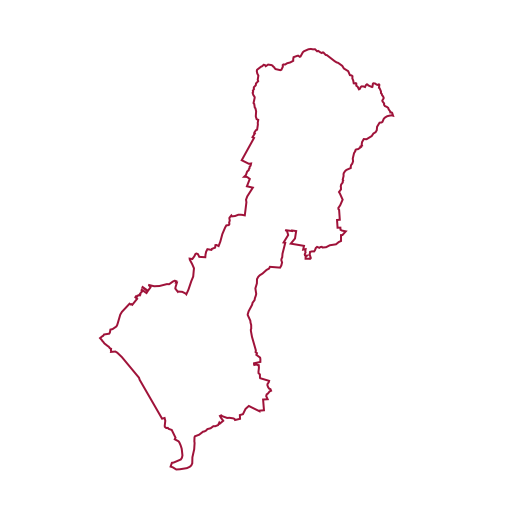 the district of Vadu Crisului, Bihor, Romania, rotated 162°
{"feature_id": "2599482B52238792704347", "entity_name": "Vadu Crisului", "entity_type": "district", "adm_level": 2, "iso_a3": "ROU", "parent_name": "Romania", "parent_adm1": "Bihor", "projection": "albers", "projection_center": [22.467, 46.953], "detail": "fine", "context": "isolated", "style": "outline", "palette": "rose", "viewbox_px": 512, "rotation_deg": 162, "n_neighbors": 0, "source": "geoboundaries", "source_scale": "gbopen_adm2", "svg_char_len": 6103}
<svg xmlns="http://www.w3.org/2000/svg" viewBox="0 0 512 512"><g transform="rotate(162 256 256)"><path d="M189.6,435.5L191.4,434.6L192.7,434.5L197.4,432.8L198.1,431.7L198.4,429.2L198.0,426.8L199.9,423.1L199.9,421.6L202.7,420.1L203.5,418.4L205.8,417.2L206.3,416.3L206.3,415.4L207.9,414.2L208.0,412.9L208.8,412.2L208.8,409.9L208.2,407.8L208.3,407.0L211.1,402.2L210.7,401.1L211.3,397.6L210.9,396.6L211.2,393.5L213.0,389.0L213.1,388.1L213.1,385.9L211.8,384.8L213.2,382.1L213.6,380.4L215.9,375.8L217.1,375.7L219.1,374.2L219.7,373.5L219.2,372.9L222.6,370.1L221.4,368.9L240.0,351.5L234.3,345.9L232.1,345.5L233.2,343.6L234.5,342.8L235.1,341.4L236.0,340.8L236.5,339.8L238.3,339.1L240.6,336.1L242.8,335.0L240.6,334.2L239.8,333.6L238.1,331.2L243.1,325.1L237.9,322.0L245.9,315.4L248.1,312.6L248.5,310.1L254.1,298.1L256.8,299.6L260.0,300.7L263.5,300.5L266.6,301.1L266.9,302.2L269.4,300.6L269.7,300.0L270.0,297.9L271.3,295.9L271.3,295.2L271.5,294.5L272.4,293.8L274.7,294.3L276.5,292.7L281.2,287.3L285.5,280.7L288.5,277.0L290.2,278.7L291.2,278.9L292.3,276.6L295.7,276.4L296.5,275.6L300.1,277.5L302.1,275.5L303.6,272.9L304.6,270.5L310.2,272.7L310.7,275.8L312.0,276.8L313.0,276.6L314.7,274.8L317.5,272.8L319.9,274.0L320.1,272.9L319.2,267.9L318.8,263.5L322.1,255.8L325.2,252.2L330.7,244.8L334.1,241.1L334.4,241.9L337.2,244.7L341.1,246.3L341.4,246.1L342.8,249.9L342.2,251.2L339.4,255.2L340.4,255.5L339.6,256.6L340.9,257.6L342.9,257.4L347.3,256.0L349.4,256.8L357.1,257.3L362.2,258.7L366.6,261.4L366.8,261.1L366.2,259.8L365.7,259.4L366.0,258.8L369.5,256.3L373.4,261.5L373.7,261.2L369.9,256.0L371.6,254.6L375.1,259.2L375.6,258.4L375.6,257.3L377.7,256.1L378.3,255.6L378.0,254.9L378.6,254.4L379.4,255.0L380.9,254.9L381.1,254.4L381.5,254.2L381.7,254.6L382.6,254.8L383.5,254.0L382.3,252.0L388.8,247.8L389.5,248.8L390.3,248.7L391.0,249.7L400.8,244.3L403.2,242.2L408.1,235.0L409.4,233.2L410.6,232.1L415.0,230.8L417.2,231.0L418.6,228.4L419.6,227.5L424.8,228.3L426.0,227.3L426.6,227.3L429.7,226.1L428.5,223.4L428.3,222.4L427.9,221.8L427.2,219.7L424.8,216.1L424.1,215.3L423.5,213.5L422.5,212.5L423.1,211.3L423.2,210.1L423.5,209.6L419.3,208.6L417.8,206.9L414.8,201.3L404.9,176.4L404.9,174.2L395.6,130.3L393.0,130.2L393.2,127.3L395.3,122.7L395.5,121.7L394.5,120.1L393.0,119.8L392.5,118.6L389.9,116.6L388.7,108.1L389.9,106.8L387.2,104.0L386.8,103.4L386.5,102.2L386.2,99.3L386.2,95.9L386.6,93.7L387.6,89.0L388.8,87.0L390.4,85.7L398.2,85.0L399.9,85.3L402.3,82.1L400.5,80.8L397.8,77.6L394.3,76.7L387.2,75.6L384.1,76.0L382.3,76.8L380.7,78.5L378.7,84.2L374.5,91.3L372.2,97.1L371.9,98.8L370.5,102.6L369.8,103.4L365.3,103.6L360.6,105.3L359.3,105.1L357.5,105.4L355.7,106.4L352.4,106.2L349.2,107.3L347.4,106.7L344.3,106.9L342.4,108.9L342.1,107.8L338.1,109.4L339.3,112.9L339.7,115.0L338.3,115.2L337.6,114.1L333.5,110.9L331.2,110.3L327.8,108.6L326.8,107.7L326.6,106.5L321.5,106.1L320.5,109.7L317.3,109.6L313.2,113.8L309.2,115.6L300.8,107.4L300.7,107.9L296.1,106.8L293.6,117.3L289.2,116.2L289.6,119.6L288.6,121.1L287.2,121.5L284.9,123.0L283.3,123.2L283.4,124.9L284.5,125.8L285.0,127.5L285.1,129.5L284.7,130.6L282.9,132.0L282.1,133.2L289.8,138.5L289.8,139.1L288.9,142.2L289.8,143.8L289.4,145.2L287.8,148.7L287.2,151.0L287.7,151.4L287.5,151.6L289.3,152.7L291.3,152.9L291.3,153.8L291.0,154.6L284.6,153.9L283.7,156.6L283.5,158.1L286.2,161.9L285.1,163.3L286.1,164.7L285.3,166.3L284.8,180.4L284.0,186.4L283.6,187.7L283.0,188.4L281.9,191.9L281.8,194.3L281.4,196.2L282.1,202.4L281.9,203.1L280.1,205.7L274.8,210.8L273.7,212.6L271.0,214.5L270.1,216.2L268.4,218.4L267.5,219.9L266.6,225.4L263.6,229.7L262.2,233.7L260.3,235.5L258.4,236.5L255.2,237.3L250.3,239.5L247.5,240.0L246.1,241.4L236.7,237.5L234.9,239.1L233.2,241.8L233.2,244.3L232.7,245.3L231.4,246.8L230.1,250.0L224.1,259.5L225.6,260.3L218.9,266.0L218.8,270.2L220.2,271.6L214.0,268.6L213.8,269.1L210.1,267.3L213.5,260.6L219.1,257.0L207.2,250.8L209.2,247.5L206.7,247.2L207.7,245.2L207.7,244.2L209.1,242.6L209.2,241.5L208.6,240.9L207.3,240.6L209.1,239.8L209.7,238.1L205.3,236.6L204.9,236.8L205.0,237.3L204.5,237.5L204.5,240.8L203.3,243.2L201.4,243.1L199.3,242.4L198.0,243.4L196.7,245.1L195.1,245.8L193.2,244.2L192.0,244.6L190.6,244.4L190.1,243.5L186.6,242.7L182.5,243.4L176.3,242.4L173.0,243.7L170.5,244.0L168.7,249.6L167.4,249.2L163.0,251.7L166.4,253.6L167.5,254.8L167.0,256.9L169.7,257.7L167.8,265.2L165.1,264.6L162.7,274.2L163.1,275.2L162.8,276.3L160.3,278.2L156.2,282.8L156.9,289.4L157.3,291.2L154.6,293.1L153.9,295.4L153.9,296.0L152.9,297.7L150.8,299.1L150.5,300.1L149.7,300.9L150.0,301.7L148.0,305.0L147.5,306.7L147.0,307.6L145.2,309.1L143.5,309.9L138.7,310.4L138.1,312.1L137.2,313.3L136.0,314.0L134.4,316.1L133.9,318.7L131.0,323.5L129.1,325.1L128.9,325.8L127.9,326.4L125.8,326.1L122.5,327.2L122.7,327.9L121.0,328.2L121.0,329.5L119.9,331.6L117.4,333.9L114.8,332.9L108.9,334.3L106.5,336.2L104.0,336.8L102.3,338.3L100.9,341.5L97.3,344.6L95.3,344.2L94.3,344.5L92.0,347.1L90.3,347.9L88.0,348.4L85.3,348.2L83.4,347.8L82.3,347.1L82.3,350.0L82.7,350.7L83.9,351.0L83.8,352.4L84.5,354.4L84.5,356.0L85.5,357.4L87.1,358.8L87.5,360.3L87.0,361.5L87.9,363.9L87.8,364.9L86.0,366.4L85.7,366.9L85.8,368.5L86.4,370.0L86.3,371.2L86.8,372.3L86.3,373.9L86.6,377.4L87.1,378.0L85.8,380.6L86.1,381.3L87.4,381.1L88.4,381.8L89.4,383.2L91.0,384.0L91.6,383.7L93.0,380.9L93.4,380.8L96.5,383.5L96.9,384.5L97.4,385.0L98.7,384.5L100.1,383.0L101.5,384.1L103.3,384.7L104.2,384.3L105.7,382.8L106.6,382.7L107.0,385.5L108.0,387.0L107.3,389.1L107.7,389.6L109.1,389.7L109.7,390.0L109.3,392.9L109.5,395.1L108.7,397.2L109.3,398.2L110.8,399.0L111.2,403.3L114.5,407.2L115.2,410.2L118.2,414.3L119.5,415.2L121.0,417.0L126.5,425.1L127.6,425.7L129.0,428.7L129.6,429.0L130.7,428.7L131.9,429.8L133.4,431.8L134.6,431.8L136.0,434.4L137.9,434.9L139.9,436.0L142.3,436.4L147.1,435.9L148.5,435.3L152.0,432.0L152.8,431.9L154.0,433.5L154.8,433.6L158.8,433.5L159.7,431.9L160.3,430.1L163.7,429.5L166.8,429.7L169.1,429.1L170.8,429.7L171.6,429.3L172.0,427.7L174.3,425.3L175.4,425.2L179.6,427.7L180.2,428.7L180.3,429.7L181.3,431.2L181.4,431.9L182.3,432.8L185.3,434.3L188.1,433.5L188.5,434.8L189.6,435.5Z" fill="none" stroke="#9f1239" stroke-width="2"/></g></svg>